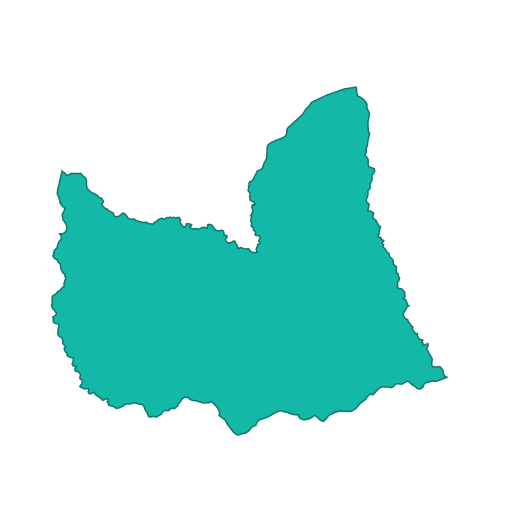 Nipepe, Niassa, Mozambique (Mercator projection), rotated 7°
{"feature_id": "85939544B55402666252817", "entity_name": "Nipepe", "entity_type": "district", "adm_level": 2, "iso_a3": "MOZ", "parent_name": "Mozambique", "parent_adm1": "Niassa", "projection": "mercator", "projection_center": [37.842, -13.907], "detail": "fine", "context": "isolated", "style": "filled", "palette": "teal", "viewbox_px": 512, "rotation_deg": 7, "n_neighbors": 0, "source": "geoboundaries", "source_scale": "gbopen_adm2", "svg_char_len": 6045}
<svg xmlns="http://www.w3.org/2000/svg" viewBox="0 0 512 512"><g transform="rotate(7 256 256)"><path d="M323.2,79.5L306.8,87.6L292.3,96.8L290.5,100.7L287.6,104.1L284.8,110.0L271.9,125.1L271.2,127.0L271.6,130.1L270.7,133.2L268.6,135.1L257.7,141.1L254.6,143.9L253.9,146.4L254.7,157.5L252.5,163.6L251.7,167.9L250.8,169.1L246.9,171.7L243.8,180.6L242.3,182.5L240.6,183.0L240.2,185.3L240.8,186.2L240.0,187.5L240.5,189.0L240.1,191.6L240.9,193.1L242.5,193.9L242.5,198.8L243.5,200.0L243.1,201.1L245.8,202.5L247.2,202.2L248.8,204.5L248.5,205.2L247.3,205.1L247.1,206.1L246.1,205.7L245.8,208.1L247.3,210.9L247.3,213.1L246.6,214.2L247.0,214.7L245.7,216.6L246.5,217.3L246.8,219.9L246.3,221.4L248.0,224.2L247.5,226.8L249.7,228.3L250.6,230.9L252.6,231.8L252.8,233.8L252.3,234.6L252.9,235.5L256.8,235.6L258.0,236.5L256.9,241.0L258.1,242.1L258.3,243.1L256.1,244.4L256.5,246.1L255.6,247.4L255.4,249.6L256.8,252.3L252.7,253.0L250.0,252.0L247.8,249.6L244.2,250.5L240.1,249.5L237.1,250.7L236.6,248.6L233.6,245.0L233.1,243.7L231.3,244.2L229.4,246.0L225.4,246.3L223.4,243.0L224.7,241.4L225.0,240.0L224.3,239.3L221.8,238.9L221.1,236.1L219.9,234.8L219.0,234.5L217.6,235.4L215.0,235.6L212.6,235.2L208.9,231.0L206.2,230.2L204.4,230.7L204.1,234.3L200.1,233.8L196.0,236.4L193.3,236.1L190.0,236.9L186.7,235.7L186.6,234.8L188.2,233.9L188.4,233.0L186.6,232.3L183.1,232.4L182.3,235.9L179.5,235.6L176.6,231.8L176.3,230.8L176.9,229.4L174.9,227.0L172.6,227.6L171.9,228.5L169.6,227.6L168.5,228.2L165.7,228.0L164.5,228.7L163.3,228.6L159.8,230.9L158.2,229.9L155.2,231.3L154.8,232.4L153.8,232.5L153.0,233.9L151.9,234.3L149.4,237.1L144.1,236.6L142.8,235.7L140.7,236.5L136.4,236.1L132.3,235.3L130.5,234.0L127.8,234.8L125.1,234.5L121.8,231.0L119.6,229.5L118.4,229.9L115.1,233.3L111.8,234.1L110.2,233.4L109.4,231.2L108.4,230.4L103.7,228.8L102.6,227.6L100.3,227.0L97.5,224.9L96.5,223.1L97.8,221.2L97.8,220.1L95.6,217.4L93.0,217.2L91.5,215.3L83.6,212.3L79.9,209.2L78.6,203.8L78.8,202.5L77.3,199.3L73.3,196.9L72.5,195.5L62.2,196.6L60.4,198.5L57.3,198.6L56.2,196.8L54.0,196.2L53.2,195.2L51.1,214.5L51.2,218.6L54.4,224.3L54.8,226.9L57.1,229.6L60.5,231.9L60.3,233.7L58.7,238.0L58.9,240.0L60.2,243.7L63.7,247.8L64.8,250.1L64.6,253.7L63.5,255.9L61.4,257.5L58.4,257.9L60.2,260.0L60.7,261.6L60.3,263.5L58.6,266.2L57.6,270.1L57.7,272.0L55.1,274.9L55.4,276.5L54.5,277.2L55.1,278.3L54.3,280.6L56.3,283.0L59.4,284.2L59.9,285.8L62.6,287.5L63.8,292.3L66.5,296.5L68.3,297.1L68.9,299.6L70.2,301.5L69.3,303.0L69.3,305.3L68.6,306.7L69.3,308.0L68.9,310.0L68.1,310.3L65.6,314.0L63.9,315.1L62.3,317.6L58.8,320.7L58.9,325.0L59.5,327.5L59.0,330.2L61.2,333.6L62.3,333.8L63.7,336.0L65.1,337.0L64.4,339.2L61.6,341.6L62.8,342.7L62.5,344.3L63.0,346.4L65.2,347.4L67.4,347.3L69.1,349.3L68.4,352.3L68.9,358.0L70.8,359.9L73.8,361.1L74.8,366.1L78.0,369.3L78.0,370.1L76.9,370.7L77.0,371.7L78.4,374.3L80.0,375.2L80.7,377.9L81.8,378.6L87.2,379.7L87.3,384.0L86.6,385.5L87.8,387.3L91.1,387.6L90.0,389.6L90.3,391.7L91.3,392.5L93.9,392.4L96.4,395.2L95.9,398.5L96.9,399.8L98.0,399.9L98.9,401.4L98.9,403.9L97.1,406.5L97.5,407.5L102.3,408.8L105.7,408.0L106.5,409.4L105.9,411.3L107.1,413.0L108.1,413.1L112.0,411.2L114.2,413.7L118.1,415.3L121.5,418.0L124.6,415.8L126.6,416.3L127.1,417.1L126.1,418.9L126.7,419.9L127.5,420.2L128.0,422.1L133.4,422.9L135.8,424.3L138.7,423.4L143.1,420.6L144.1,419.3L146.2,418.4L148.1,418.5L153.1,416.5L159.6,417.4L161.0,416.9L163.2,419.0L164.9,422.4L167.7,425.7L168.4,427.8L170.1,428.9L173.6,427.6L175.8,428.1L177.1,427.7L181.3,424.6L182.4,421.9L184.4,420.3L187.8,420.3L190.5,417.5L193.8,417.3L196.5,414.1L196.7,412.6L198.8,409.8L199.9,407.2L202.2,405.0L205.9,404.6L207.2,406.0L210.7,407.1L214.6,407.0L220.8,408.3L226.5,407.5L229.9,406.0L235.7,410.7L237.3,412.7L238.9,415.6L238.9,418.9L245.2,422.4L248.6,427.1L255.1,433.6L258.8,435.7L260.4,435.8L265.5,433.3L267.0,433.2L270.3,430.3L272.7,426.2L276.5,424.1L276.9,421.8L278.9,418.4L287.7,414.2L294.2,409.2L298.3,406.8L300.2,406.5L304.8,407.5L306.2,407.2L308.1,408.1L312.5,408.8L317.4,408.6L318.2,410.4L319.6,411.9L323.8,412.8L327.8,411.5L331.9,408.8L333.3,406.9L336.9,408.7L338.6,410.5L342.9,412.0L345.2,409.5L347.6,405.5L353.2,401.7L358.1,399.7L368.1,398.9L370.0,398.2L373.5,395.4L377.2,389.8L382.3,384.8L382.9,383.1L385.4,379.9L386.4,379.1L389.1,379.4L394.0,372.6L397.1,370.4L401.8,370.2L403.5,369.6L404.9,370.2L406.5,370.1L408.4,368.8L410.0,366.3L411.5,365.6L416.5,365.4L420.9,361.9L423.1,362.1L426.5,364.7L430.3,366.3L432.3,368.0L435.5,368.0L437.5,366.0L438.5,362.5L440.3,360.9L443.3,360.1L444.7,358.8L450.2,358.4L460.9,352.9L458.8,352.9L457.7,351.9L456.4,350.0L455.6,346.9L452.4,343.6L451.5,343.4L446.9,344.7L444.2,343.6L443.5,342.2L443.5,336.7L436.6,327.5L437.8,323.5L437.2,322.0L433.7,324.1L432.5,323.9L432.4,322.1L430.5,320.7L431.8,319.4L431.2,318.9L428.8,318.9L427.7,318.0L425.9,315.4L425.8,313.5L423.4,313.4L420.5,310.1L419.9,308.7L420.3,307.2L419.1,306.6L415.1,302.5L414.5,300.9L410.9,299.3L409.2,296.4L409.2,295.2L412.2,288.2L413.8,286.8L412.4,286.3L412.2,284.8L411.0,283.6L409.8,280.9L407.3,280.4L407.3,279.5L408.8,278.3L407.9,273.7L404.7,270.8L403.0,271.1L400.0,270.0L400.3,267.5L399.3,265.1L400.7,263.3L401.3,260.4L400.1,259.3L399.4,256.6L397.6,255.4L396.7,252.9L396.9,249.9L393.3,247.4L393.0,244.8L391.9,242.6L388.8,240.5L387.7,237.3L386.2,236.8L383.0,233.0L380.7,231.4L381.3,229.1L379.8,228.4L379.6,227.3L380.7,226.1L380.9,224.9L378.3,224.5L377.8,222.6L375.3,222.3L374.5,220.4L375.7,219.4L375.1,217.0L376.1,211.9L373.5,210.3L372.6,208.5L371.4,208.0L371.1,206.2L367.8,204.5L367.2,202.3L367.6,199.7L367.1,198.6L363.8,197.4L361.4,197.5L362.1,191.3L361.5,190.2L359.2,189.1L358.7,186.2L359.6,182.3L359.2,177.7L361.0,174.7L360.4,170.8L362.0,166.3L361.2,161.5L362.6,159.8L363.5,157.0L362.7,154.8L359.2,154.3L357.0,153.4L356.1,151.7L356.0,148.4L355.3,146.1L354.1,144.4L351.7,142.8L352.8,139.4L352.3,136.0L353.1,132.7L353.0,127.6L353.9,120.5L352.3,118.5L350.7,109.6L351.4,101.0L347.9,95.3L347.8,92.6L346.9,90.7L344.3,88.0L339.4,85.3L337.7,84.9L336.0,81.7L335.5,77.8L334.6,76.2L323.2,79.5Z" fill="#14b8a6" stroke="#0f766e" stroke-width="1.5"/></g></svg>